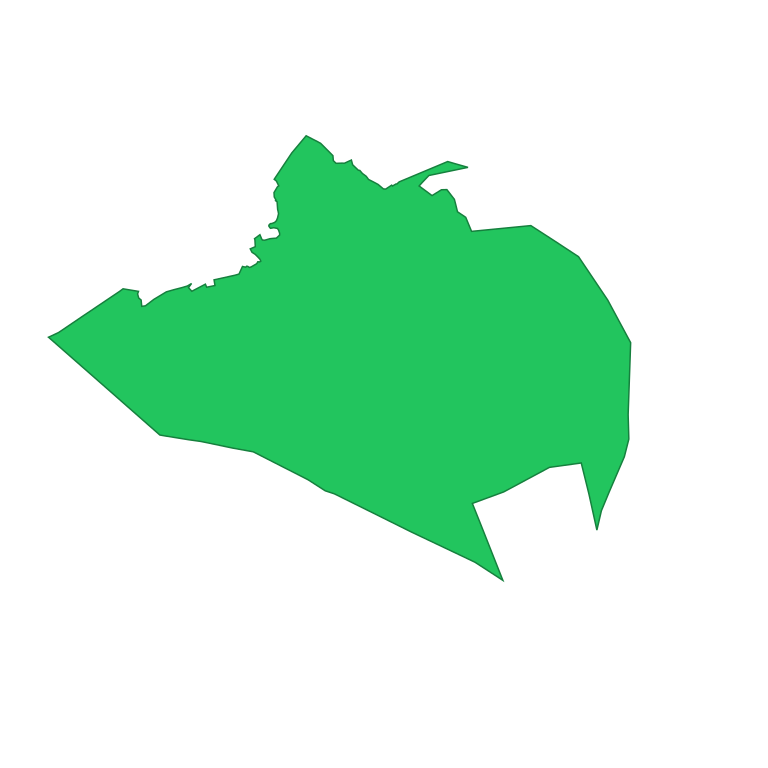 Santa Ana, Oaxaca, Mexico, rotated 321°
{"feature_id": "50627088B53978228930209", "entity_name": "Santa Ana", "entity_type": "district", "adm_level": 2, "iso_a3": "MEX", "parent_name": "Mexico", "parent_adm1": "Oaxaca", "projection": "natural_earth1", "projection_center": [-96.73, 16.33], "detail": "fine", "context": "isolated", "style": "filled", "palette": "green", "viewbox_px": 768, "rotation_deg": 321, "n_neighbors": 0, "source": "geoboundaries", "source_scale": "gbopen_adm2", "svg_char_len": 2103}
<svg xmlns="http://www.w3.org/2000/svg" viewBox="0 0 768 768"><g transform="rotate(321 384 384)"><path d="M239.7,354.4L264.7,410.6L271.1,430.0L276.3,438.1L281.3,449.0L292.5,473.4L312.1,516.2L316.6,525.6L342.5,579.7L352.8,611.4L371.6,551.5L377.5,532.4L409.1,543.2L460.1,552.9L487.6,569.5L474.0,598.5L457.5,631.5L473.2,619.3L490.9,609.7L525.0,591.8L539.6,580.9L554.5,561.4L601.7,507.1L610.7,459.5L611.1,454.9L615.3,407.5L606.0,378.4L597.8,353.3L548.1,320.5L552.4,305.9L549.5,296.4L552.8,289.4L554.9,284.8L555.2,272.5L550.9,269.2L539.9,267.8L535.9,252.2L540.3,251.5L550.1,250.2L585.6,268.5L578.0,257.7L573.5,251.2L523.1,236.5L522.2,236.5L519.9,236.7L519.2,236.1L515.2,235.5L515.1,234.3L512.1,234.0L510.2,233.8L508.0,233.6L506.3,232.0L505.0,225.2L502.8,220.0L500.7,215.3L500.9,211.4L499.7,206.8L499.6,202.8L498.6,201.8L497.6,193.9L499.6,189.4L492.1,187.5L490.7,186.2L486.5,183.0L485.6,182.2L485.2,178.5L488.0,174.4L487.0,164.6L486.9,163.5L486.2,157.0L485.6,155.6L485.0,154.1L482.6,148.7L479.7,142.1L457.7,146.4L427.5,155.8L428.1,158.6L426.9,163.8L425.3,163.7L419.0,166.0L416.4,169.6L415.8,173.2L415.1,173.3L415.6,175.1L411.2,181.4L410.4,183.1L409.2,185.3L405.7,188.0L403.1,189.4L400.6,189.6L397.6,188.6L397.1,188.1L396.4,187.9L395.5,187.9L394.4,188.2L393.8,189.1L393.7,191.1L393.8,191.6L396.7,193.2L399.1,196.1L398.9,198.0L397.8,201.1L396.6,202.6L392.1,202.9L389.4,201.0L386.8,199.3L381.8,197.2L380.1,195.6L380.2,194.4L381.5,189.9L374.8,189.6L374.5,190.6L370.4,196.3L365.1,194.8L364.3,198.6L365.5,202.2L365.9,206.0L366.1,209.1L365.6,211.0L364.2,210.9L362.9,209.6L360.8,210.4L354.4,209.4L352.7,208.7L352.1,206.8L351.3,206.0L350.0,206.2L348.0,203.6L340.5,207.3L336.7,205.7L317.5,196.1L314.6,201.1L307.1,197.2L308.0,194.0L293.0,191.0L292.7,186.1L297.7,184.8L292.9,184.1L288.0,182.1L280.1,178.5L272.8,175.4L258.4,173.4L247.8,173.1L244.6,171.2L248.1,165.9L247.5,162.8L249.2,158.9L251.5,157.5L241.1,145.8L236.6,145.6L192.8,141.7L163.5,139.2L152.7,136.5L164.2,203.5L175.2,268.0L177.7,282.6L181.2,286.6L197.4,304.7L205.6,313.5L226.5,339.1L239.7,354.4Z" fill="#22c55e" stroke="#15803d" stroke-width="1.5"/></g></svg>